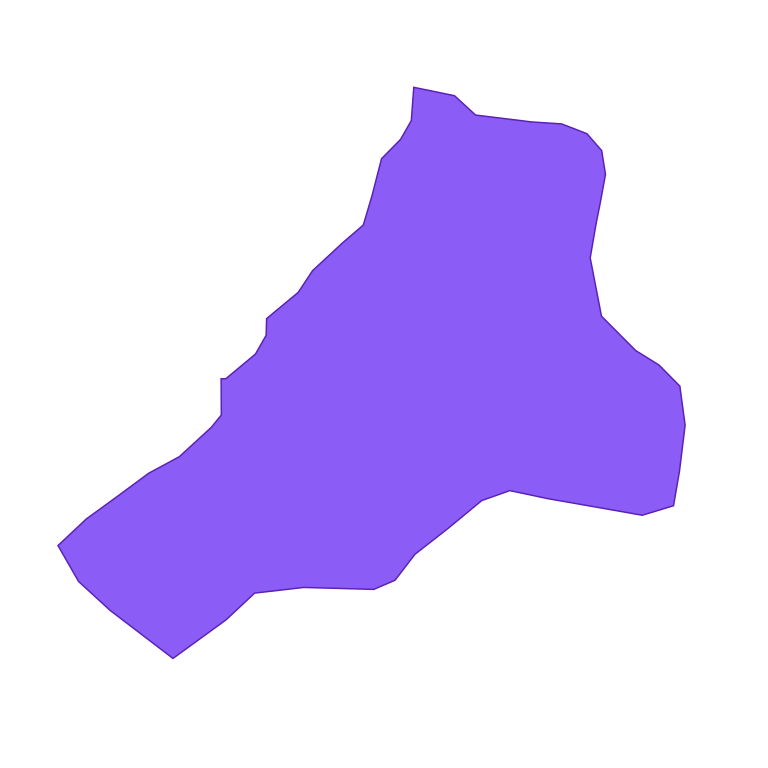 Siheung-si, Gyeonggi, South Korea (Mercator projection), rotated 7°
{"feature_id": "91817680B37911583032119", "entity_name": "Siheung-si", "entity_type": "district", "adm_level": 2, "iso_a3": "KOR", "parent_name": "South Korea", "parent_adm1": "Gyeonggi", "projection": "mercator", "projection_center": [126.793, 37.381], "detail": "fine", "context": "isolated", "style": "filled", "palette": "violet", "viewbox_px": 768, "rotation_deg": 7, "n_neighbors": 0, "source": "geoboundaries", "source_scale": "gbopen_adm2", "svg_char_len": 850}
<svg xmlns="http://www.w3.org/2000/svg" viewBox="0 0 768 768"><g transform="rotate(7 384 384)"><path d="M221.7,398.6L226.3,434.6L218.0,447.9L189.7,481.1L161.5,501.1L130.0,530.9L105.0,554.2L80.1,584.1L105.0,617.3L139.9,642.2L208.0,682.1L256.1,637.2L281.1,607.3L329.2,595.7L398.9,589.1L418.9,577.4L435.5,549.2L465.4,519.3L495.2,487.8L521.8,474.5L560.0,477.8L656.3,482.8L686.2,469.5L687.7,438.9L687.9,434.6L687.9,388.2L677.9,350.0L676.2,348.7L654.7,331.7L629.7,320.1L591.6,290.2L573.3,233.7L575.0,198.9L576.6,177.3L578.3,149.0L571.6,125.8L555.0,110.9L544.9,108.3L528.5,104.2L498.6,105.9L463.7,105.9L442.1,105.9L418.9,89.3L377.4,85.9L379.0,119.2L370.7,139.1L354.1,160.7L349.1,198.9L344.1,228.7L325.9,248.7L299.3,280.2L287.7,303.5L259.5,333.4L261.1,350.0L252.8,369.9L226.3,398.1L221.7,398.6Z" fill="#8b5cf6" stroke="#5b21b6" stroke-width="1.5"/></g></svg>